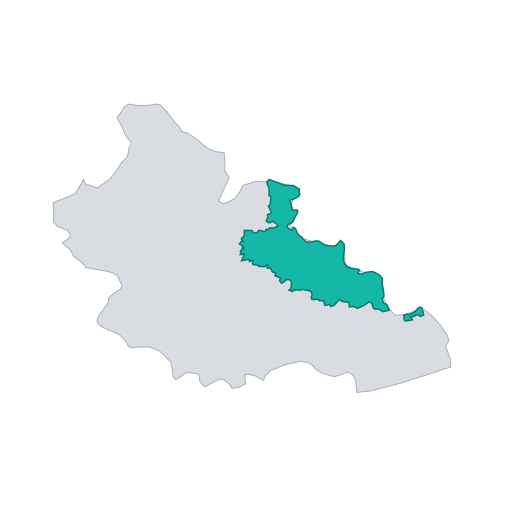 location of Hainaut within Belgium, rotated 188°
{"feature_id": "BEL-2", "entity_name": "Hainaut", "entity_type": "Province", "adm_level": 1, "iso_a3": "BEL", "parent_name": "Belgium", "parent_adm1": "", "projection": "equal_earth", "projection_center": [3.881, 50.373], "detail": "fine", "context": "in_parent", "style": "filled", "palette": "teal", "viewbox_px": 512, "rotation_deg": 188, "n_neighbors": 0, "source": "natural_earth", "source_scale": "10m", "svg_char_len": 4895}
<svg xmlns="http://www.w3.org/2000/svg" viewBox="0 0 512 512"><g transform="rotate(188 256 256)"><path d="M231.4,133.7L239.9,137.1L247.3,137.9L250.6,136.4L248.5,128.1L254.5,123.7L261.3,121.7L264.3,125.3L270.5,128.9L275.4,128.9L288.4,119.5L291.5,121.4L294.4,124.7L295.0,127.4L295.5,130.3L298.4,131.4L308.8,130.8L314.0,125.7L318.1,122.5L321.2,124.7L322.7,131.0L325.7,139.2L338.1,148.4L348.5,151.0L361.3,149.2L366.4,147.6L369.9,148.9L373.3,153.8L380.8,159.4L396.3,163.4L401.1,165.6L404.5,169.3L403.6,174.7L396.3,188.1L395.4,192.0L396.4,193.4L395.0,195.8L385.5,204.8L384.6,208.0L387.9,213.2L390.6,217.4L390.6,217.5L396.4,219.5L401.9,220.2L412.2,220.5L423.2,220.8L424.5,223.3L436.9,230.6L440.8,236.4L449.7,241.9L442.5,249.0L443.7,252.2L446.4,255.4L456.4,257.3L461.5,261.9L461.9,269.0L464.3,280.6L443.9,292.2L438.2,305.1L437.7,307.6L437.0,307.3L434.7,303.0L430.9,303.0L422.4,301.3L410.6,312.9L405.3,322.7L402.2,329.8L397.5,335.6L396.6,341.7L397.2,344.3L395.6,347.6L395.6,351.1L402.6,357.9L404.3,361.7L412.9,373.8L410.3,378.3L408.3,383.1L405.9,386.5L403.1,388.7L394.4,388.6L383.5,390.1L376.1,392.5L372.3,392.5L364.2,386.4L355.3,377.3L349.6,373.0L347.0,369.2L340.0,367.6L330.1,363.1L323.1,358.3L317.2,355.2L308.9,353.7L302.0,353.9L299.9,345.7L299.0,336.3L293.4,330.0L300.9,305.6L296.3,303.2L291.4,305.1L284.2,311.0L280.8,317.9L278.7,324.1L266.6,329.9L247.4,332.1L226.4,329.9L223.5,328.4L222.1,326.6L222.1,324.4L223.6,321.1L227.2,317.1L228.1,311.4L224.4,306.4L221.9,304.5L222.9,299.7L225.6,293.7L226.2,290.3L212.0,279.9L201.7,277.9L191.7,277.5L184.2,276.4L179.8,276.9L176.6,279.9L173.4,282.0L171.0,279.4L166.6,261.1L163.2,258.4L150.3,255.3L132.9,254.2L128.3,250.9L125.7,242.7L124.2,232.8L118.5,223.4L115.5,221.0L110.4,216.8L101.2,218.5L90.3,224.0L83.8,225.5L81.4,226.1L72.7,220.8L63.0,212.4L55.2,203.6L53.4,198.6L55.8,192.7L53.0,188.1L48.8,179.8L47.7,173.2L94.9,150.2L123.5,138.5L137.0,134.9L140.2,146.7L142.6,150.5L145.8,152.9L150.1,153.4L155.0,150.5L161.8,147.4L172.7,148.8L180.7,151.7L183.5,154.6L188.8,157.5L196.5,158.1L211.4,152.8L225.7,144.6L229.9,138.9L231.4,133.7Z" fill="#d9dde1" stroke="#a8b0b8" stroke-width="1"/><path d="M137.8,256.7L135.9,256.2L131.1,254.2L129.7,253.3L128.0,251.5L127.4,250.0L127.3,245.6L124.5,237.8L123.6,233.9L125.1,231.6L123.9,228.3L123.0,227.0L121.6,226.6L120.1,226.5L119.2,225.6L117.9,223.0L116.4,220.9L117.7,220.5L122.6,218.5L127.0,220.5L131.6,220.0L133.9,222.6L133.8,224.5L136.4,226.1L137.1,226.1L138.1,226.4L138.6,225.3L143.5,221.2L148.3,218.3L152.3,219.6L156.6,218.6L157.3,222.9L164.5,223.0L167.5,224.7L171.9,217.8L175.0,216.4L176.2,218.3L180.9,216.7L182.7,221.0L187.0,220.6L188.5,221.7L194.6,220.7L195.7,223.0L195.0,225.3L195.5,226.8L197.0,228.5L199.3,229.1L205.9,229.3L208.1,227.9L210.2,228.4L212.7,227.3L213.5,228.3L215.0,225.9L217.9,226.7L219.3,226.8L217.3,227.2L216.9,229.0L217.0,234.1L218.1,236.5L220.0,237.2L222.5,236.9L225.9,233.1L227.1,232.7L229.2,234.9L228.7,237.8L234.5,239.0L233.9,241.9L237.4,242.4L240.1,245.9L243.3,245.6L243.1,249.1L245.8,246.7L251.9,246.1L253.0,247.1L257.9,247.1L258.5,247.8L258.2,251.2L261.8,249.7L261.6,250.9L263.2,251.5L269.7,249.3L267.8,256.1L271.7,255.3L270.9,256.6L272.2,258.0L270.8,261.3L269.3,261.5L270.4,262.5L269.4,263.3L274.1,265.6L272.5,268.5L270.7,268.9L273.0,271.0L270.4,274.6L271.1,279.8L263.7,280.7L261.7,278.7L258.7,278.9L256.5,282.0L250.5,281.3L249.6,283.9L247.6,283.8L246.3,285.9L242.6,286.1L238.3,288.7L240.1,290.7L244.1,292.6L244.9,292.6L246.9,290.7L249.2,291.1L250.8,292.0L249.5,296.5L250.4,298.5L246.4,301.0L250.6,306.9L249.2,309.3L249.3,314.8L249.8,317.1L251.5,317.6L252.4,324.8L255.6,330.1L254.2,333.1L253.9,333.6L237.5,330.0L230.8,330.8L229.1,330.9L227.7,330.6L221.6,327.9L222.4,328.0L222.3,325.9L221.7,323.8L221.2,323.6L221.6,322.0L222.2,321.0L223.0,320.2L224.9,318.6L227.5,317.2L230.1,316.1L230.1,315.2L229.4,314.1L228.7,312.8L226.9,306.8L225.8,306.3L224.6,306.5L222.4,307.3L220.9,306.7L221.1,304.2L223.2,298.6L223.8,296.1L224.3,295.0L225.5,293.6L228.0,292.0L229.1,291.0L229.3,289.5L228.7,288.6L227.3,287.7L225.9,286.9L224.9,286.6L223.5,287.1L223.5,288.0L223.6,288.9L222.8,289.6L220.8,288.8L217.8,283.6L215.6,282.0L213.2,280.9L209.6,277.6L207.5,276.8L205.2,277.0L198.3,279.4L195.8,279.4L193.9,278.6L192.0,277.6L189.8,276.6L185.3,276.2L180.5,276.5L179.1,276.9L178.2,277.7L176.2,280.4L175.7,281.6L175.5,282.0L175.0,282.3L174.8,282.1L174.6,282.2L174.2,283.1L170.4,280.2L169.4,274.6L169.4,268.1L168.5,262.8L166.8,260.2L164.6,258.5L162.2,257.5L159.8,257.1L152.8,257.1L151.4,256.3L152.5,254.7L152.6,253.6L151.9,252.9L150.4,252.5L148.8,252.6L147.7,253.2L146.6,254.1L145.2,255.0L140.4,256.4L137.8,256.7ZM86.4,228.2L84.8,227.9L84.3,227.7L83.8,226.4L81.7,220.7L84.5,219.3L85.3,219.1L86.8,220.3L89.9,219.8L90.4,218.5L94.5,217.2L92.3,215.0L92.4,214.4L98.7,212.4L100.4,213.3L101.3,217.9L101.3,218.3L95.7,219.8L93.2,221.0L91.2,222.7L87.9,227.3L86.4,228.2Z" fill="#14b8a6" stroke="#0f766e" stroke-width="1.5"/></g></svg>